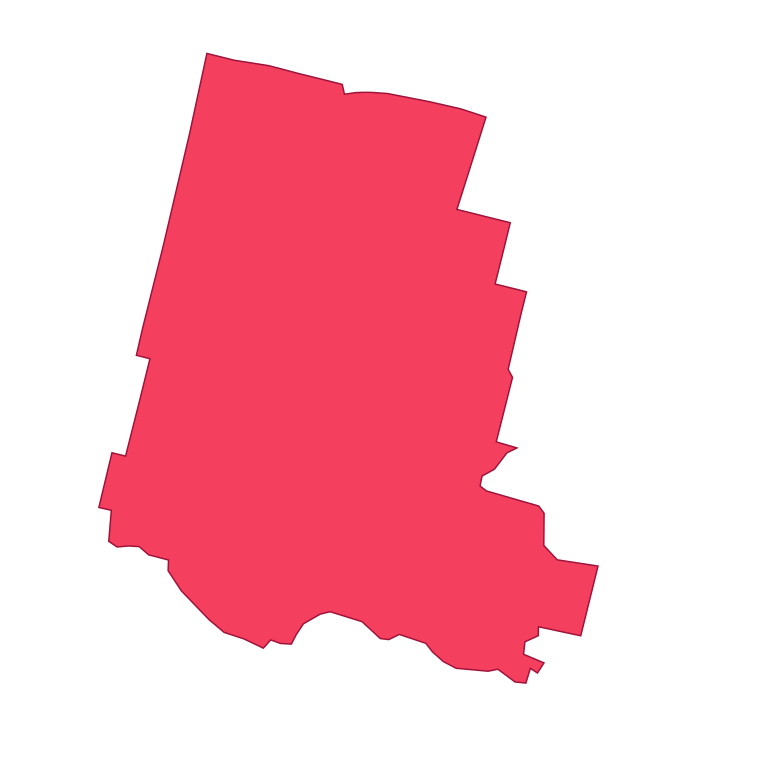 Barão de Cotegipe, Rio Grande do Sul, Brazil (Albers equal-area conic projection), rotated 194°
{"feature_id": "56859067B6517216195009", "entity_name": "Barão de Cotegipe", "entity_type": "district", "adm_level": 2, "iso_a3": "BRA", "parent_name": "Brazil", "parent_adm1": "Rio Grande do Sul", "projection": "albers", "projection_center": [-52.434, -27.571], "detail": "fine", "context": "isolated", "style": "filled", "palette": "rose", "viewbox_px": 768, "rotation_deg": 194, "n_neighbors": 0, "source": "geoboundaries", "source_scale": "gbopen_adm2", "svg_char_len": 1226}
<svg xmlns="http://www.w3.org/2000/svg" viewBox="0 0 768 768"><g transform="rotate(194 384 384)"><path d="M571.0,161.3L550.5,161.1L548.3,150.6L530.5,134.2L496.7,113.0L479.0,104.3L458.2,102.8L437.2,98.5L432.0,108.3L421.7,107.2L411.0,109.2L408.5,119.7L404.2,131.8L397.8,138.0L390.2,145.3L381.2,150.0L347.8,148.1L326.0,136.1L317.5,137.2L308.5,144.7L280.7,142.5L272.0,135.7L259.2,129.0L245.2,125.6L227.2,128.4L213.5,130.5L204.5,134.8L184.8,126.6L174.0,128.1L173.2,143.5L165.2,140.7L161.3,152.1L183.2,155.5L184.9,167.9L173.4,177.1L175.4,185.8L132.2,187.3L132.3,259.1L173.4,255.3L189.9,266.0L197.4,297.3L204.3,303.0L258.6,305.0L266.1,308.2L266.6,318.4L256.2,328.1L248.1,346.9L239.6,354.1L261.1,355.0L260.9,421.5L267.1,428.3L268.0,485.2L268.0,507.9L300.4,507.9L300.4,532.5L300.4,543.6L300.5,571.0L355.5,571.0L351.7,632.3L349.6,667.6L376.0,669.5L407.6,668.9L450.7,666.7L466.2,664.0L473.9,662.2L481.9,659.9L492.5,655.6L497.0,664.6L544.3,664.6L572.4,665.0L607.8,661.9L622.5,661.9L635.8,661.9L633.2,579.8L631.6,465.0L631.7,379.9L631.2,351.9L617.2,351.9L617.1,307.0L617.3,251.5L631.3,251.5L630.8,195.2L618.0,195.5L613.0,164.7L603.5,161.3L592.5,165.1L582.2,167.0L571.0,161.3Z" fill="#f43f5e" stroke="#9f1239" stroke-width="1.5"/></g></svg>